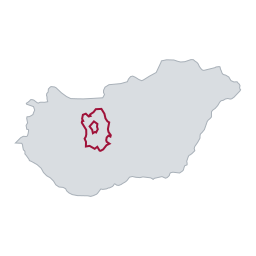 Fejér highlighted on a map of Hungary
{"feature_id": "HUN-3162", "entity_name": "Fejér", "entity_type": "County", "adm_level": 1, "iso_a3": "HUN", "parent_name": "Hungary", "parent_adm1": "", "projection": "mercator", "projection_center": [18.516, 47.132], "detail": "coarse", "context": "in_parent", "style": "outline", "palette": "rose", "viewbox_px": 256, "rotation_deg": 0, "n_neighbors": 0, "source": "natural_earth", "source_scale": "10m", "svg_char_len": 3136}
<svg xmlns="http://www.w3.org/2000/svg" viewBox="0 0 256 256"><path d="M215.9,67.0L219.1,66.6L220.0,66.9L220.5,69.2L220.6,69.4L221.3,70.9L222.0,73.0L223.2,74.5L225.6,75.1L228.8,77.0L230.9,80.6L234.0,82.0L234.8,81.9L237.1,81.8L237.5,82.5L239.3,84.2L240.0,85.7L239.6,87.4L240.0,89.2L240.6,89.8L239.8,91.1L234.0,97.2L231.7,98.8L230.2,99.1L227.8,98.5L225.4,99.0L223.2,100.3L221.2,100.7L219.7,102.2L217.7,105.6L215.2,108.4L212.8,110.1L211.5,111.7L211.4,117.0L210.0,118.6L208.2,120.1L207.2,121.5L204.4,129.6L202.3,132.2L200.3,134.2L200.0,136.1L200.0,138.1L197.7,142.3L194.7,146.6L194.2,148.4L194.8,150.7L192.0,153.5L190.3,154.8L189.0,155.4L188.1,157.1L186.7,161.3L187.1,163.1L187.1,164.8L184.7,165.8L184.0,167.7L183.4,170.0L182.4,171.1L179.6,173.0L172.9,172.2L170.4,172.8L169.6,174.2L169.4,175.3L168.6,176.3L167.1,177.6L165.5,178.2L162.0,176.6L154.4,178.3L153.1,179.4L152.1,178.6L150.5,177.8L142.9,176.9L139.9,177.6L136.0,177.3L132.3,176.5L129.5,177.2L127.1,180.4L125.9,181.5L124.9,182.2L122.9,183.3L121.1,184.5L118.8,185.4L116.8,185.2L114.8,183.8L114.1,184.2L113.5,185.4L112.4,186.5L109.5,187.9L108.8,187.9L108.6,187.9L106.4,188.9L102.7,189.4L100.8,189.0L97.4,193.5L96.4,194.3L93.2,195.7L90.6,196.4L88.3,195.9L87.5,195.8L77.5,195.6L72.3,194.6L68.9,192.9L66.7,190.9L65.6,188.7L63.1,187.4L59.0,187.0L55.8,184.8L53.5,181.0L50.4,177.9L46.6,175.7L43.5,172.5L41.2,168.3L37.1,164.6L31.2,161.3L29.4,160.6L29.1,159.5L26.2,155.4L24.9,153.9L25.0,151.9L24.5,150.7L23.4,149.9L22.8,146.9L22.5,144.7L21.7,143.3L15.4,143.0L20.7,137.7L23.3,136.3L26.3,136.5L27.3,136.0L27.6,135.3L28.1,133.6L28.4,131.9L28.6,130.4L28.3,129.5L26.8,129.3L26.1,125.5L26.9,124.0L27.6,123.0L26.7,118.4L27.0,116.8L29.4,116.6L31.3,115.6L33.0,114.5L33.4,113.1L34.7,110.1L33.5,106.6L26.6,104.2L26.3,103.3L27.9,102.3L29.6,100.9L30.6,99.7L31.9,99.6L33.8,100.1L37.1,102.7L38.4,103.1L39.6,102.4L40.9,102.2L44.6,102.3L47.7,101.7L47.0,98.9L47.0,96.9L46.5,95.3L46.8,93.5L48.1,92.1L48.4,89.0L50.4,86.9L51.3,86.6L54.7,87.0L55.5,87.5L56.0,87.7L61.4,92.8L66.6,96.6L70.8,98.6L77.0,98.8L83.5,98.9L94.5,98.3L102.7,97.8L103.3,96.8L104.5,94.5L103.5,92.5L103.6,90.2L105.0,87.2L109.0,84.7L120.7,83.6L127.4,81.7L128.4,79.2L130.6,76.6L132.7,76.1L135.4,77.3L138.8,79.5L141.7,80.7L143.5,79.9L149.4,76.2L156.2,72.5L160.9,62.5L161.4,60.9L166.5,59.8L173.9,60.0L177.7,61.3L180.6,62.0L184.8,61.7L191.0,59.6L193.3,59.7L195.1,61.2L197.0,62.5L198.3,64.1L199.3,66.4L199.9,67.2L200.7,68.4L202.3,70.0L203.8,70.4L215.2,67.6L215.9,67.0Z" fill="#d9dde1" stroke="#a8b0b8" stroke-width="1"/><path d="M84.6,138.7L85.8,136.7L86.3,134.3L86.2,129.8L81.8,122.7L82.0,121.3L83.2,121.0L82.1,118.8L82.9,114.8L85.8,113.7L88.7,116.5L90.5,116.0L89.8,115.0L90.3,114.3L93.5,112.2L95.8,109.2L101.4,108.9L104.4,113.7L105.5,118.5L107.5,121.4L109.2,122.4L107.9,129.1L108.5,132.0L110.8,135.2L110.4,136.6L108.5,135.6L106.7,137.5L106.2,140.2L106.7,141.8L109.5,143.7L106.5,145.2L103.2,149.4L100.6,150.8L99.6,150.6L97.3,146.8L94.7,148.8L89.6,145.9L85.9,146.5L86.0,141.8L84.6,138.7ZM97.4,123.9L93.9,121.4L89.6,126.4L92.2,129.9L92.9,133.2L95.0,131.9L96.1,132.5L97.8,129.2L97.0,126.8L97.4,123.9Z" fill="none" stroke="#9f1239" stroke-width="2"/></svg>